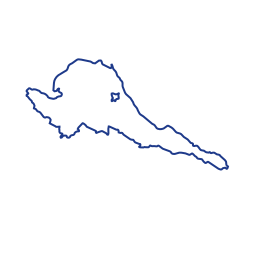 outline of Chuy, rotated 33°
{"feature_id": "KGZ-1116", "entity_name": "Chuy", "entity_type": "Region", "adm_level": 1, "iso_a3": "KGZ", "parent_name": "Kyrgyzstan", "parent_adm1": "", "projection": "natural_earth1", "projection_center": [74.767, 42.563], "detail": "fine", "context": "isolated", "style": "outline", "palette": "blue", "viewbox_px": 256, "rotation_deg": 33, "n_neighbors": 0, "source": "natural_earth", "source_scale": "10m", "svg_char_len": 5803}
<svg xmlns="http://www.w3.org/2000/svg" viewBox="0 0 256 256"><g transform="rotate(33 128 128)"><path d="M79.2,83.3L80.7,84.1L83.3,86.3L84.7,86.8L86.4,87.2L87.8,87.8L90.4,89.9L91.4,90.3L93.6,90.6L95.4,91.7L97.4,92.2L98.4,92.7L99.1,93.5L100.4,95.5L101.1,96.3L106.3,100.0L108.0,100.7L113.8,101.6L118.2,103.6L119.6,104.7L121.0,105.4L124.1,106.3L125.5,107.0L126.7,107.9L129.8,109.6L131.1,109.9L134.5,109.9L145.9,111.3L147.9,111.1L148.9,111.2L152.2,112.5L153.5,112.4L155.0,111.8L156.4,110.9L157.6,109.7L158.2,108.9L159.8,104.8L160.4,104.3L161.1,104.1L161.6,104.1L164.2,103.9L166.2,104.1L170.2,105.2L171.4,105.3L174.7,104.3L176.0,104.2L179.7,105.1L184.3,105.1L188.6,106.3L189.2,106.2L190.2,105.8L190.8,105.8L191.3,106.1L191.9,107.1L192.4,107.4L193.3,107.1L194.8,105.7L195.7,105.3L197.1,105.5L199.7,106.5L201.0,106.8L202.1,106.5L204.0,105.7L206.3,105.8L207.2,105.6L209.2,104.6L209.4,104.3L209.4,104.1L209.6,103.8L209.9,103.7L210.9,103.9L211.1,103.9L211.5,103.7L212.6,102.5L213.6,101.8L214.6,101.7L216.8,101.7L218.8,100.9L219.8,100.8L220.8,101.2L226.6,102.1L228.3,102.7L228.8,103.1L230.3,105.0L231.1,105.6L231.9,105.8L232.8,105.8L233.3,107.4L233.2,107.9L233.1,108.4L232.7,108.5L232.4,108.5L231.7,108.3L231.4,108.3L231.1,108.4L230.9,108.6L229.6,109.9L229.4,110.5L229.1,111.6L228.8,112.0L228.4,112.3L227.1,112.7L226.0,112.9L214.1,112.7L213.5,112.8L213.2,113.1L213.0,113.4L212.9,113.8L212.7,114.2L212.5,114.6L212.2,115.0L211.8,115.2L211.4,115.2L209.8,115.0L207.4,114.1L206.9,114.0L206.6,114.1L203.9,115.4L203.2,115.6L202.6,115.6L201.0,115.0L199.7,115.1L196.5,114.4L195.9,114.4L195.6,114.5L195.4,114.8L194.4,116.8L194.1,117.0L193.8,117.2L190.0,118.0L186.5,119.5L185.4,120.1L184.3,120.9L181.6,124.0L181.3,124.3L180.0,125.1L179.5,125.3L179.0,125.4L178.7,125.4L178.3,125.4L177.7,125.2L176.9,124.8L175.7,124.8L168.6,126.4L167.8,126.4L163.9,126.1L163.2,126.2L162.8,126.5L162.3,127.6L162.0,127.8L161.5,128.1L160.2,128.7L159.6,129.1L158.3,130.0L157.7,130.3L157.1,130.4L156.4,130.5L156.1,130.7L156.0,131.0L156.0,132.0L155.9,132.2L155.7,132.8L155.5,133.1L155.1,133.4L153.1,134.6L152.2,135.0L152.0,135.3L151.4,136.0L148.7,137.6L148.0,137.8L147.6,137.7L147.6,137.4L147.8,136.3L147.8,135.9L147.7,135.6L147.5,135.3L147.3,135.1L147.0,134.9L146.8,134.9L145.9,135.3L142.2,136.1L141.5,136.1L141.2,136.0L139.0,135.1L138.7,135.1L138.3,135.3L138.1,135.5L137.7,135.7L136.2,136.2L135.7,136.2L128.0,136.0L125.9,135.3L125.5,135.4L125.2,135.5L124.9,135.8L124.3,136.3L122.6,136.8L121.3,135.2L120.7,135.0L120.3,135.0L120.1,135.2L119.6,135.5L119.0,135.8L111.6,136.9L111.0,137.2L112.0,139.5L114.4,143.0L114.8,143.9L114.8,144.6L114.6,144.7L114.2,144.8L113.8,144.7L112.7,144.3L112.3,144.3L108.3,144.6L107.4,145.1L105.4,147.6L104.2,149.3L103.9,149.3L103.6,149.3L103.4,149.0L103.3,148.7L103.2,148.4L102.9,148.1L101.7,148.1L92.7,149.4L92.1,149.2L91.8,149.0L91.3,148.8L89.3,148.5L88.0,148.5L87.7,148.6L87.4,148.7L87.3,148.8L87.2,149.4L86.2,154.7L86.3,155.4L86.4,156.2L87.7,156.5L88.1,156.7L88.5,157.1L88.6,157.4L88.5,157.6L87.9,158.0L87.4,158.4L86.7,159.2L86.5,159.6L86.3,160.0L86.1,160.6L86.0,161.0L86.1,161.4L86.3,162.5L86.2,163.0L86.0,163.5L84.7,164.8L84.3,165.4L84.1,165.8L84.1,166.3L84.2,167.4L84.0,167.8L83.7,168.3L83.1,168.7L82.6,168.9L82.1,169.0L81.8,168.9L81.5,168.7L81.1,168.3L80.9,168.2L80.6,168.1L80.4,168.1L80.1,168.2L78.6,169.1L78.2,169.5L77.9,169.9L77.8,170.5L77.6,172.0L77.3,172.4L77.0,172.7L76.7,172.6L76.3,172.3L76.2,172.0L76.2,171.6L76.2,171.2L76.4,169.8L76.5,169.4L76.4,169.0L76.2,168.8L76.0,168.6L75.7,168.6L74.5,169.0L74.1,169.1L73.7,169.1L73.3,169.0L72.9,168.8L72.6,168.5L72.3,168.2L71.7,167.2L71.5,166.9L71.0,166.5L70.8,166.2L70.6,165.8L70.3,165.0L70.2,164.8L69.8,164.2L67.7,165.8L66.7,166.2L65.9,166.1L59.8,166.7L59.0,164.0L58.5,163.1L57.8,162.8L57.4,162.6L56.3,162.4L55.8,162.4L55.5,162.5L55.2,162.6L54.0,163.1L53.7,163.3L53.3,163.8L53.0,164.2L52.8,164.4L52.3,164.6L51.5,164.7L51.0,164.6L46.3,162.9L45.6,162.8L44.9,162.8L43.4,163.2L42.7,163.2L41.0,162.6L40.4,162.4L40.0,162.4L38.5,162.8L38.3,162.7L38.2,162.4L37.8,161.2L37.6,160.6L37.5,160.3L37.1,160.0L36.7,159.7L35.8,159.1L35.2,158.9L34.6,158.8L33.7,158.8L33.4,158.6L32.7,157.9L32.1,157.7L29.8,157.3L27.2,156.4L26.5,156.2L26.0,156.2L25.6,156.3L25.4,156.2L25.2,155.9L24.9,155.1L25.4,154.1L25.6,153.7L25.5,153.3L25.3,153.2L25.1,153.1L23.2,152.5L22.9,152.3L22.7,151.9L22.7,151.5L22.7,151.2L23.2,149.3L23.3,148.8L23.7,148.4L24.3,148.2L25.9,148.2L26.6,148.1L27.2,147.7L27.7,147.0L28.0,146.8L28.2,146.7L29.6,146.0L30.8,145.7L31.7,145.6L32.7,145.3L33.4,145.2L34.4,145.4L35.0,145.6L35.7,145.7L36.5,145.7L38.5,144.9L39.4,144.7L40.6,144.6L42.5,144.9L42.9,145.0L44.2,145.7L45.1,145.7L46.2,145.5L49.3,144.3L50.0,143.8L51.5,142.0L51.6,141.0L51.9,140.4L52.7,139.3L54.1,138.1L54.3,137.8L54.5,137.3L54.4,136.5L54.3,136.0L53.6,135.2L53.1,135.0L52.9,135.0L51.4,135.2L50.9,135.2L50.4,135.1L50.0,134.9L49.8,134.7L49.5,134.5L49.4,134.2L49.2,133.9L48.9,132.8L48.8,132.6L48.5,132.6L48.1,133.1L47.9,133.7L47.8,134.4L47.9,134.8L48.0,135.1L48.0,135.4L47.6,136.1L46.4,137.2L44.9,137.0L41.3,130.4L40.5,128.4L40.2,126.3L40.3,123.9L40.9,121.6L43.6,116.0L45.0,113.2L45.1,112.2L45.0,111.1L44.4,108.9L44.3,107.8L44.5,106.8L44.9,105.8L45.9,104.1L47.9,98.9L48.4,98.0L49.2,97.3L51.6,96.1L60.3,92.7L61.2,92.6L63.3,92.6L65.2,91.7L66.9,87.3L68.4,86.2L69.5,86.5L71.3,88.1L72.2,88.4L80.2,87.5L81.0,87.1L81.1,86.2L80.6,85.1L79.2,83.3ZM102.0,112.5L102.5,112.5L102.7,112.3L102.5,111.5L102.5,110.8L102.6,110.0L103.1,109.6L103.5,109.0L104.0,108.7L104.1,108.4L104.0,108.1L103.8,107.8L103.2,107.0L102.4,106.2L101.9,105.3L101.6,104.1L101.4,104.0L101.2,104.1L100.7,105.1L100.1,105.9L99.1,106.6L96.4,107.2L95.6,108.0L96.2,109.1L98.2,110.7L99.0,111.1L99.0,111.9L98.9,112.5L99.0,113.3L99.3,113.8L99.6,114.2L99.9,114.2L100.2,113.8L100.6,113.0L101.2,112.3L102.0,112.5Z" fill="none" stroke="#1e3a8a" stroke-width="2"/></g></svg>